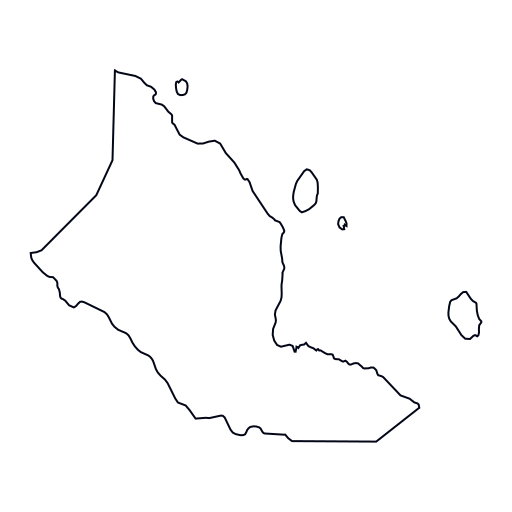 Madang, Equal Earth projection
{"feature_id": "PNG-1240", "entity_name": "Madang", "entity_type": "Province", "adm_level": 1, "iso_a3": "PNG", "parent_name": "Papua New Guinea", "parent_adm1": "", "projection": "equal_earth", "projection_center": [145.623, -4.997], "detail": "fine", "context": "isolated", "style": "outline", "palette": "ink", "viewbox_px": 512, "rotation_deg": 0, "n_neighbors": 0, "source": "natural_earth", "source_scale": "10m", "svg_char_len": 4228}
<svg xmlns="http://www.w3.org/2000/svg" viewBox="0 0 512 512"><path d="M115.0,70.4L116.3,71.3L118.3,72.4L135.4,76.0L140.9,78.7L144.5,83.0L146.9,85.3L151.1,86.8L154.4,89.6L155.1,90.6L155.2,91.2L155.5,91.5L155.9,92.1L156.0,93.2L155.6,94.4L153.9,95.5L153.3,96.5L153.2,98.7L154.0,101.1L155.7,103.1L161.8,104.6L164.2,106.3L168.3,111.7L171.4,114.3L172.1,115.5L172.1,122.2L172.5,123.2L174.5,124.7L179.6,134.6L183.3,137.3L197.6,143.6L203.0,143.5L209.0,141.6L214.8,140.7L220.2,143.6L225.8,153.1L234.3,162.5L239.2,170.3L240.4,173.2L243.3,178.4L244.6,179.5L245.8,179.5L246.7,179.0L247.5,179.1L249.6,182.3L252.6,191.0L267.6,213.6L269.7,216.1L272.3,217.6L274.5,219.5L274.9,220.3L279.6,222.1L280.9,223.9L282.9,227.4L284.3,230.8L283.9,232.4L282.3,234.1L281.4,238.0L280.6,246.4L280.7,250.8L282.1,258.4L282.4,262.1L282.8,263.2L284.0,265.8L284.3,267.3L284.2,268.9L283.2,271.0L282.4,273.1L282.6,273.6L282.2,280.2L281.6,284.3L281.5,286.2L281.7,294.1L281.5,297.5L280.6,300.9L275.6,310.3L274.9,314.3L275.1,315.8L275.7,318.6L275.9,320.7L275.5,322.9L273.1,328.9L272.7,334.9L274.2,340.6L277.1,345.0L281.0,346.7L289.4,344.7L292.6,345.9L294.6,351.7L295.6,351.7L295.8,350.4L296.4,348.1L296.5,346.7L297.5,347.1L297.9,347.4L298.4,347.9L300.1,345.3L302.1,344.8L304.2,344.5L306.0,342.8L308.4,346.1L310.8,347.3L313.3,348.2L316.3,350.5L317.4,349.3L318.1,349.1L318.6,349.7L319.2,350.5L320.6,350.4L325.3,353.3L327.7,354.3L331.0,354.2L332.6,354.6L333.3,356.2L334.0,358.4L335.5,359.1L339.0,359.3L341.6,361.0L343.1,361.6L345.5,360.7L346.9,361.8L348.2,363.5L349.4,364.5L350.8,364.6L353.7,363.4L355.5,363.1L357.1,363.2L358.2,363.5L360.7,365.7L361.7,366.5L362.9,367.9L364.3,368.5L366.2,368.3L365.3,368.3L368.3,368.3L371.0,367.5L373.6,367.6L376.2,370.1L376.8,371.9L377.4,373.8L378.2,375.2L381.5,376.2L383.2,377.1L400.5,395.4L409.6,398.7L414.3,402.4L417.4,403.4L418.6,404.4L419.3,407.8L418.7,408.2L376.2,441.6L292.0,441.1L288.1,438.1L285.2,434.6L283.2,434.7L282.8,434.6L264.8,433.5L263.6,433.1L262.4,431.8L260.5,428.4L259.0,427.3L256.2,426.5L253.5,426.3L250.2,427.0L248.5,428.3L247.2,430.0L246.3,432.1L245.1,434.3L243.2,435.1L240.4,435.2L235.7,434.1L232.8,432.6L230.5,429.6L224.7,417.5L222.8,415.8L220.8,415.6L209.3,418.1L205.8,417.8L195.6,418.6L189.5,410.0L185.7,405.5L177.9,402.5L175.2,398.4L167.6,383.1L165.0,379.6L160.7,375.8L157.8,372.5L155.9,369.1L153.2,361.3L152.7,360.3L151.8,358.8L150.3,357.0L148.4,355.5L140.8,352.1L138.0,349.9L134.8,346.3L132.3,342.4L130.4,338.4L128.5,335.3L126.1,333.2L118.2,329.8L114.4,326.7L112.0,323.7L108.7,317.1L107.0,314.4L104.5,312.1L84.4,302.3L82.0,301.6L80.1,301.8L78.0,303.7L76.4,305.7L74.6,307.0L73.8,307.4L69.1,305.3L65.2,300.6L62.9,299.1L61.5,298.6L60.8,297.9L60.3,297.0L60.1,296.1L59.8,292.6L59.0,289.3L57.9,287.7L57.5,286.5L57.3,285.2L57.4,284.0L57.2,282.3L56.8,281.3L56.4,280.7L53.5,277.6L53.0,277.2L52.4,277.1L50.0,277.0L49.2,276.8L47.1,275.8L42.7,272.2L34.3,263.0L32.6,260.7L31.7,258.9L31.4,258.1L31.1,256.6L30.7,253.0L36.6,252.2L41.5,250.3L96.3,195.2L112.5,160.2L114.9,70.8L115.0,70.4ZM476.6,306.6L476.9,311.0L477.8,315.4L479.2,319.0L481.3,321.3L481.3,322.4L479.2,325.3L478.9,328.9L479.0,332.5L478.4,335.2L477.3,336.3L476.5,336.0L475.8,335.3L474.7,335.2L473.2,336.0L470.0,339.0L465.2,338.7L461.4,335.1L455.8,326.4L450.7,321.3L449.2,318.6L448.5,315.8L448.4,312.5L449.2,306.0L450.2,301.8L451.5,300.2L456.7,298.3L458.8,296.4L460.9,294.0L463.2,292.1L466.2,291.9L470.9,298.9L472.8,300.9L476.1,302.9L476.5,304.0L476.6,306.6ZM309.8,170.3L311.7,172.4L316.8,179.7L317.6,182.5L317.9,187.1L317.8,193.5L317.1,195.0L316.7,197.1L316.4,201.2L315.7,203.3L314.2,205.0L309.1,209.2L305.4,211.1L301.9,212.3L299.9,211.1L295.4,205.6L294.7,204.3L293.6,201.5L293.1,198.5L293.2,195.3L293.8,191.6L295.9,183.9L297.4,180.7L304.2,171.1L306.8,169.3L309.8,170.3ZM183.4,79.9L185.9,81.3L187.2,83.5L187.6,86.4L187.2,89.9L186.4,92.8L185.0,94.3L183.0,95.0L180.1,95.1L177.9,94.0L176.6,91.2L176.0,87.7L175.8,84.3L176.3,82.0L177.4,81.5L178.4,82.0L178.7,82.4L181.1,79.8L182.1,79.2L183.4,79.9ZM338.1,224.1L338.5,221.2L339.5,218.7L341.2,217.2L343.7,217.2L345.7,221.2L346.5,223.4L346.5,226.0L345.6,225.5L344.7,224.7L344.5,225.4L344.6,225.8L344.4,226.0L343.7,226.0L344.2,229.2L342.2,229.4L339.5,227.4L338.1,224.1Z" fill="none" stroke="#020617" stroke-width="2"/></svg>